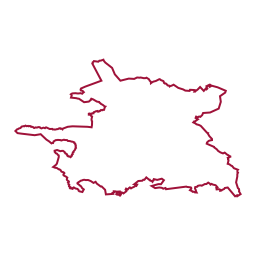 the district of Kildare Lea-5, Kildare, Ireland
{"feature_id": "5873133B34299058506876", "entity_name": "Kildare Lea-5", "entity_type": "district", "adm_level": 2, "iso_a3": "IRL", "parent_name": "Ireland", "parent_adm1": "Kildare", "projection": "natural_earth1", "projection_center": [-6.982, 53.189], "detail": "fine", "context": "isolated", "style": "outline", "palette": "rose", "viewbox_px": 256, "rotation_deg": 0, "n_neighbors": 0, "source": "geoboundaries", "source_scale": "gbopen_adm2", "svg_char_len": 5779}
<svg xmlns="http://www.w3.org/2000/svg" viewBox="0 0 256 256"><path d="M103.4,59.7L100.8,60.6L99.4,60.7L98.3,61.7L93.9,61.1L93.5,61.8L92.7,62.3L92.5,63.1L92.7,63.5L92.4,63.7L101.4,80.7L85.3,86.6L81.0,88.5L80.6,89.5L80.8,90.4L82.6,90.9L83.8,92.2L82.9,92.9L82.2,93.7L80.6,93.2L78.0,93.5L75.4,93.2L72.5,93.4L71.5,93.8L70.9,94.3L71.3,94.6L71.7,95.5L71.0,97.6L76.4,98.2L77.7,98.6L78.9,98.7L84.1,102.2L88.8,101.6L91.0,99.8L90.8,99.4L91.3,98.7L93.2,99.4L96.9,101.6L99.2,102.0L99.6,102.8L100.4,103.2L100.8,103.8L102.8,104.9L104.8,106.5L105.3,106.6L104.7,107.4L104.1,109.8L102.7,109.9L102.5,110.2L101.0,110.0L100.3,110.9L99.3,110.9L99.0,111.5L98.2,111.7L97.6,111.6L97.3,111.0L95.8,111.3L94.3,112.1L93.8,112.2L93.5,113.3L92.7,113.2L92.4,113.5L91.8,113.8L91.3,113.5L90.5,113.9L89.3,113.5L88.8,113.7L88.8,114.7L89.7,114.7L90.6,115.0L91.0,115.8L92.1,116.5L91.5,119.2L91.7,120.8L92.1,121.2L92.0,125.0L91.6,127.3L87.6,126.8L72.5,126.3L67.7,126.8L62.9,128.6L62.5,129.4L61.4,128.6L60.4,128.8L60.0,128.2L59.0,128.4L57.9,129.1L57.0,129.1L55.7,129.5L54.7,129.6L54.1,129.4L52.8,129.5L52.3,128.9L49.7,129.0L46.3,127.4L45.9,127.4L45.0,128.2L43.7,127.7L42.6,127.9L41.6,128.4L40.9,128.2L39.8,127.5L39.7,127.2L38.3,127.1L36.9,127.6L35.6,127.4L34.3,128.0L33.7,127.8L33.4,127.3L32.6,126.9L31.3,126.9L31.3,126.6L30.7,126.2L29.7,126.0L28.7,126.3L28.1,125.9L26.6,126.2L25.5,125.6L24.3,126.3L23.9,126.1L21.6,126.6L20.5,128.0L18.8,128.5L17.8,129.2L17.1,129.3L15.4,131.0L17.5,133.1L21.0,133.6L34.7,135.2L40.7,134.2L46.4,139.6L49.0,141.3L51.5,143.4L52.5,142.9L53.1,143.0L53.7,141.3L54.3,141.1L55.5,140.2L57.9,139.9L60.7,140.1L61.2,140.5L64.0,139.7L64.7,140.0L67.1,140.1L67.8,140.9L70.0,141.1L71.9,141.7L72.6,141.7L74.3,142.4L74.3,143.1L75.2,143.6L75.1,144.1L75.6,144.7L75.5,145.3L75.9,145.9L75.6,146.4L76.0,147.9L75.3,148.3L75.2,149.5L73.5,151.5L73.5,152.3L72.8,152.5L72.5,153.6L72.7,154.2L71.9,154.7L71.5,155.5L71.8,155.8L71.6,156.2L70.5,157.2L69.3,156.4L68.4,156.5L67.9,156.2L67.9,155.9L67.4,155.7L67.3,155.0L66.9,154.8L66.9,154.2L65.5,153.5L65.5,153.2L64.8,152.7L64.7,152.1L63.1,150.9L61.7,150.9L60.4,151.2L57.1,150.0L54.6,150.7L54.7,151.9L55.3,152.4L55.7,153.2L57.0,153.7L57.9,154.9L58.7,155.4L58.8,156.9L56.9,163.6L56.0,164.8L53.2,167.0L55.2,167.8L56.7,167.9L58.7,169.3L59.5,169.3L59.8,169.7L60.5,170.0L61.4,171.6L62.9,172.2L63.4,172.2L64.2,172.8L64.4,173.1L63.4,174.5L63.4,175.0L64.1,175.7L65.8,176.5L67.3,177.6L66.9,178.7L66.8,179.6L67.1,180.1L68.9,181.5L68.9,181.9L68.0,182.5L68.5,183.3L68.5,184.4L69.3,184.8L69.0,186.3L70.3,187.1L69.8,188.0L70.0,188.3L70.4,188.4L71.6,188.2L72.1,188.8L72.5,188.9L72.8,188.7L72.9,187.9L73.8,187.4L75.5,188.5L77.4,188.9L78.4,189.8L78.6,190.7L79.3,191.3L82.4,192.0L83.8,189.4L82.2,188.2L81.1,186.4L80.2,185.6L79.7,185.5L79.3,184.9L77.5,183.6L77.4,183.2L77.6,182.8L81.0,180.6L81.8,180.5L83.2,179.9L84.4,179.8L85.8,180.1L88.1,180.0L90.8,181.1L93.5,182.9L95.6,181.8L96.8,183.6L98.6,184.9L100.7,186.5L101.6,186.4L105.1,189.8L105.9,194.4L113.1,193.9L112.8,193.3L112.2,193.2L112.6,192.7L114.3,192.3L114.0,191.3L115.7,191.4L116.5,191.7L119.5,191.5L119.2,192.5L116.9,192.3L117.1,192.9L116.3,194.2L116.7,194.5L117.4,194.7L118.4,194.5L119.9,195.6L120.2,195.6L121.2,193.8L120.1,193.3L120.5,192.1L122.8,192.8L123.5,193.4L126.4,191.2L126.4,190.5L125.6,189.6L126.1,188.6L127.7,189.5L128.9,188.1L129.9,187.4L131.0,188.4L132.1,187.7L134.5,186.6L135.2,185.7L136.3,186.0L137.1,184.6L134.3,184.2L138.3,181.0L142.3,180.7L143.3,179.7L144.4,179.8L146.3,177.4L149.7,180.2L149.9,180.0L150.4,180.7L152.1,181.1L151.9,181.2L152.5,181.8L153.8,179.1L157.2,179.9L161.8,178.7L163.9,180.2L161.0,184.2L158.4,184.1L151.7,186.0L155.1,188.1L159.3,187.5L161.7,187.8L162.8,188.3L163.2,188.7L165.5,188.0L166.0,189.2L186.3,186.6L186.9,186.9L190.8,187.4L191.2,187.8L191.3,188.7L190.0,190.2L192.8,191.5L192.8,191.8L194.0,191.8L194.9,192.1L195.0,192.4L196.6,192.5L196.1,191.5L195.7,189.9L195.0,188.5L195.2,187.1L197.3,186.7L197.7,185.9L199.1,185.5L201.0,185.4L201.8,185.7L204.7,184.1L206.4,184.0L208.2,182.6L209.9,183.7L210.5,184.6L211.6,183.9L212.9,184.6L215.2,185.1L215.8,185.4L217.4,187.2L216.3,187.7L216.6,189.4L219.0,189.2L220.2,189.7L220.2,190.8L221.5,190.5L222.1,189.9L224.1,189.0L224.8,188.0L227.7,187.5L235.1,196.3L237.0,195.3L237.3,196.2L240.6,194.1L239.0,191.4L239.2,190.4L238.9,188.9L237.9,188.1L236.1,182.4L237.3,176.5L237.3,174.3L237.8,173.0L237.5,173.0L237.4,171.1L237.6,169.9L237.8,169.7L233.9,168.2L232.1,166.0L231.4,165.8L229.4,164.3L227.7,163.8L228.5,160.5L228.0,159.5L228.0,159.0L228.3,158.8L227.8,157.8L231.1,156.4L229.9,156.4L228.2,155.1L227.5,154.9L224.7,152.6L223.0,153.4L220.4,152.4L218.1,150.9L216.8,149.3L214.2,147.4L214.1,146.9L206.7,143.7L207.0,142.5L208.6,141.0L209.4,140.6L212.0,140.1L212.0,139.0L209.4,136.2L207.8,133.5L208.0,133.1L207.1,132.8L200.8,125.9L199.0,125.0L196.5,124.3L195.2,123.3L193.3,122.4L194.0,121.6L194.3,121.9L197.9,119.3L195.6,118.0L196.1,116.6L196.6,116.7L197.5,117.5L199.1,116.5L200.3,116.9L202.2,115.1L203.1,113.0L210.1,112.5L218.7,108.6L220.8,101.8L220.0,96.2L225.2,92.6L225.8,90.8L217.6,87.3L211.7,85.7L209.7,86.9L208.8,85.9L210.3,84.9L210.0,84.7L209.5,85.0L209.3,84.8L206.5,86.2L207.0,87.0L206.2,88.0L207.2,88.7L206.4,89.5L205.3,89.1L203.8,90.9L200.1,87.0L197.5,89.7L196.7,90.2L196.1,90.9L196.4,91.1L195.5,90.9L195.1,91.6L194.4,91.6L195.1,90.2L193.9,90.0L190.0,89.8L189.6,90.9L185.3,90.6L183.1,89.4L178.3,87.9L173.6,84.7L171.8,85.6L170.0,86.2L169.6,86.5L169.0,85.6L167.6,85.4L166.5,84.0L165.6,83.4L165.0,83.6L163.9,82.8L163.7,81.5L163.2,81.0L160.9,80.1L159.8,79.2L159.3,79.2L155.8,81.0L153.4,81.6L151.8,82.5L150.9,83.2L150.8,81.7L149.6,80.6L149.0,79.3L146.5,77.7L145.6,78.1L143.9,78.2L140.6,77.5L139.8,77.7L137.1,77.5L134.2,78.9L128.8,78.6L120.4,80.7L114.8,74.3L112.1,67.9L105.2,62.5L103.7,60.6L103.4,59.7Z" fill="none" stroke="#9f1239" stroke-width="2"/></svg>